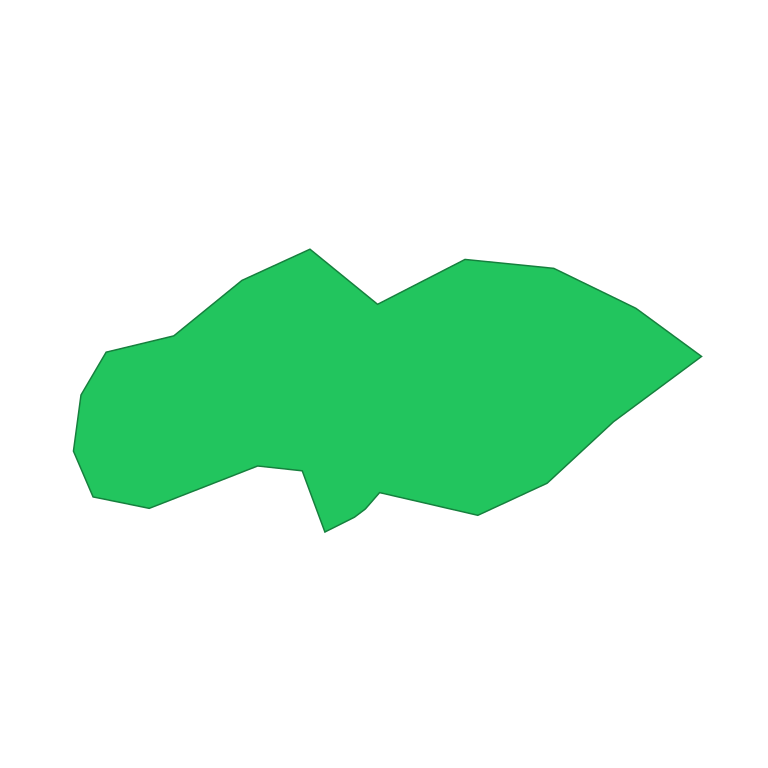 map outline of `Uvea (Robinson projection), rotated 80°
{"feature_id": "WLF-4996", "entity_name": "`Uvea", "entity_type": "state/province", "adm_level": 1, "iso_a3": "WLF", "parent_name": "Wallis and Futuna", "parent_adm1": "", "projection": "robinson", "projection_center": [-176.158, -13.28], "detail": "fine", "context": "isolated", "style": "filled", "palette": "green", "viewbox_px": 768, "rotation_deg": 80, "n_neighbors": 0, "source": "natural_earth", "source_scale": "10m", "svg_char_len": 444}
<svg xmlns="http://www.w3.org/2000/svg" viewBox="0 0 768 768"><g transform="rotate(80 384 384)"><path d="M412.0,66.5L461.0,164.5L510.0,240.5L529.6,314.4L490.2,407.2L503.8,424.0L510.0,436.1L519.5,467.9L455.3,479.6L442.8,522.7L465.7,636.8L444.7,690.1L396.2,701.5L342.2,684.3L304.4,652.1L300.1,582.7L257.3,505.9L238.4,433.5L304.4,376.5L275.4,282.6L299.6,196.7L353.2,122.8L412.0,66.5Z" fill="#22c55e" stroke="#15803d" stroke-width="1.5"/></g></svg>